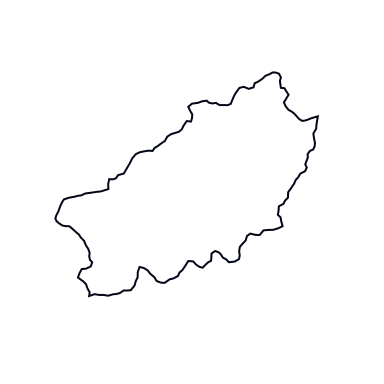 outline of Guiricema, Minas Gerais, Brazil, rotated 42°
{"feature_id": "56859067B41378341459748", "entity_name": "Guiricema", "entity_type": "district", "adm_level": 2, "iso_a3": "BRA", "parent_name": "Brazil", "parent_adm1": "Minas Gerais", "projection": "robinson", "projection_center": [-42.701, -21.017], "detail": "fine", "context": "isolated", "style": "outline", "palette": "ink", "viewbox_px": 384, "rotation_deg": 42, "n_neighbors": 0, "source": "geoboundaries", "source_scale": "gbopen_adm2", "svg_char_len": 2624}
<svg xmlns="http://www.w3.org/2000/svg" viewBox="0 0 384 384"><g transform="rotate(42 192 192)"><path d="M171.9,49.2L170.7,52.8L168.8,56.5L168.5,60.9L167.4,65.5L165.8,69.3L167.7,73.0L165.1,77.4L160.1,79.2L157.6,82.9L158.1,88.3L159.1,92.9L160.5,97.0L161.8,100.6L160.4,103.6L157.7,105.9L154.3,109.0L150.1,109.8L147.9,112.6L144.8,114.3L141.8,114.3L139.0,117.6L136.6,122.0L132.9,126.3L132.2,131.2L136.6,133.0L140.2,134.1L142.4,136.8L144.1,140.3L140.6,142.9L141.4,148.6L142.5,152.2L141.9,156.2L139.8,159.6L137.7,163.1L136.6,167.4L137.7,172.2L136.6,176.6L135.8,180.8L134.7,184.3L135.2,187.9L132.0,190.4L129.0,194.1L126.5,197.6L124.9,201.5L125.1,207.0L126.6,212.4L127.6,217.4L129.0,223.9L125.8,228.9L126.3,232.8L124.6,235.7L121.9,237.8L124.3,242.1L127.9,245.8L125.8,249.3L123.8,252.7L121.1,255.6L119.0,258.2L116.6,261.1L113.6,264.6L111.9,268.7L109.7,271.2L107.9,274.1L104.5,278.4L101.8,283.1L102.3,286.6L103.5,290.5L105.7,295.9L106.8,300.2L108.2,303.2L111.0,304.3L114.3,304.2L117.9,303.7L120.6,302.2L123.8,299.5L128.7,299.4L132.7,299.4L136.3,299.3L139.7,300.2L144.5,300.5L148.5,302.5L152.9,303.7L156.5,305.6L158.8,308.7L161.6,310.7L164.8,310.9L166.6,315.1L164.5,320.0L161.6,323.0L162.8,327.8L164.5,331.9L168.0,331.5L171.0,331.2L175.0,331.4L178.3,333.4L183.0,335.0L185.2,338.1L187.9,333.2L192.3,330.3L195.1,327.7L199.1,325.2L201.8,320.8L203.9,318.6L206.0,315.4L207.1,310.9L209.9,308.5L212.2,305.9L211.9,300.0L209.8,295.7L208.7,291.8L205.2,287.7L203.2,282.8L207.1,280.7L211.6,279.9L215.7,280.7L221.0,280.5L225.1,281.8L229.3,280.3L232.5,277.8L233.8,271.9L236.0,268.7L237.8,263.7L236.6,260.2L237.1,256.5L236.4,251.4L235.4,245.8L239.3,242.8L243.9,243.2L247.7,242.6L250.6,241.1L250.7,237.3L251.0,233.6L252.2,230.4L250.2,227.7L247.7,224.7L248.6,220.5L252.0,219.0L255.0,219.0L258.8,220.1L262.6,219.2L266.4,219.5L270.4,215.0L271.8,210.4L270.0,207.3L266.7,204.5L264.3,200.8L264.2,196.8L264.3,192.1L262.3,187.9L263.2,183.9L268.0,181.3L271.1,178.6L270.8,172.7L274.2,169.0L277.5,166.0L280.2,161.6L282.2,156.8L278.0,154.1L274.8,151.6L271.1,151.5L268.8,147.9L266.1,144.5L267.9,139.6L266.9,136.0L267.1,132.0L263.6,127.8L263.0,122.4L262.3,117.5L261.0,113.6L261.1,110.1L260.2,105.8L262.1,100.9L260.9,97.0L257.7,95.7L256.3,92.2L255.0,88.9L252.6,86.5L252.1,82.8L253.6,79.2L252.5,75.9L250.6,73.3L247.2,70.8L243.1,67.4L241.9,61.8L239.8,59.2L237.4,55.5L234.9,51.6L231.4,57.2L228.8,62.4L226.5,65.3L222.8,66.1L219.3,65.7L215.4,65.3L211.9,65.6L208.8,66.4L204.6,65.7L200.4,64.0L199.5,59.4L198.7,55.1L195.1,54.2L191.2,53.0L188.4,55.1L185.4,52.7L182.9,50.5L181.5,47.4L177.5,45.9L174.3,47.2L171.9,49.2Z" fill="none" stroke="#020617" stroke-width="2"/></g></svg>